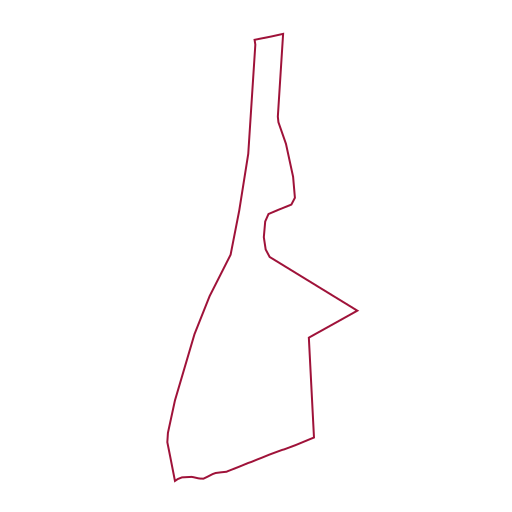 Nakhl, Shamal Sina', Egypt, rotated 87°
{"feature_id": "37247803B50825531526089", "entity_name": "Nakhl", "entity_type": "district", "adm_level": 2, "iso_a3": "EGY", "parent_name": "Egypt", "parent_adm1": "Shamal Sina'", "projection": "albers", "projection_center": [34.247, 29.91], "detail": "fine", "context": "isolated", "style": "outline", "palette": "rose", "viewbox_px": 512, "rotation_deg": 87, "n_neighbors": 0, "source": "geoboundaries", "source_scale": "gbopen_adm2", "svg_char_len": 856}
<svg xmlns="http://www.w3.org/2000/svg" viewBox="0 0 512 512"><g transform="rotate(87 256 256)"><path d="M40.0,246.1L44.9,245.6L153.6,258.4L209.9,270.4L253.4,281.3L284.4,299.1L293.6,304.4L330.8,321.5L396.0,344.5L428.0,353.2L437.3,354.3L452.4,352.1L476.4,348.7L474.6,345.7L473.2,341.5L473.2,338.6L473.2,334.8L473.2,332.0L473.6,330.1L475.0,325.2L475.4,323.0L475.6,320.1L473.8,315.8L471.5,310.7L470.6,307.7L470.2,302.4L469.9,296.7L469.2,294.9L465.6,284.0L462.3,274.7L461.4,271.4L459.2,265.2L457.8,260.9L455.1,253.2L453.5,248.1L451.0,240.0L450.6,238.0L446.7,225.7L441.8,211.9L440.3,207.6L340.3,207.5L315.9,157.7L257.7,242.4L250.0,246.0L237.6,247.2L229.8,246.1L222.0,245.0L214.7,241.3L211.1,231.4L206.5,218.0L199.9,214.1L178.9,214.8L145.6,220.2L123.6,226.6L118.0,226.9L35.6,217.3L37.6,229.2L40.0,246.1Z" fill="none" stroke="#9f1239" stroke-width="2"/></g></svg>